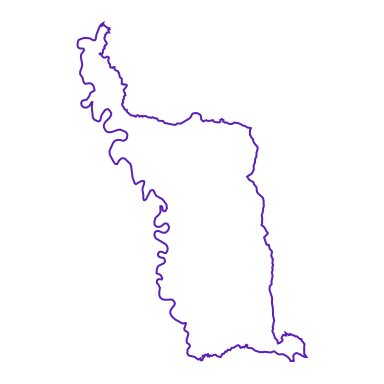 the district of Vigia Del Fuerte, Antioquia, Colombia
{"feature_id": "7082276B16172876286455", "entity_name": "Vigia Del Fuerte", "entity_type": "district", "adm_level": 2, "iso_a3": "COL", "parent_name": "Colombia", "parent_adm1": "Antioquia", "projection": "robinson", "projection_center": [-76.731, 6.503], "detail": "fine", "context": "isolated", "style": "outline", "palette": "violet", "viewbox_px": 384, "rotation_deg": 0, "n_neighbors": 0, "source": "geoboundaries", "source_scale": "gbopen_adm2", "svg_char_len": 5976}
<svg xmlns="http://www.w3.org/2000/svg" viewBox="0 0 384 384"><path d="M250.9,128.2L247.2,127.4L245.0,126.0L242.1,125.3L241.4,124.5L238.5,123.2L233.9,122.6L232.9,123.6L230.3,124.2L227.8,123.2L226.7,122.4L225.2,122.7L223.3,121.7L223.5,120.1L221.8,119.0L220.4,119.9L220.6,121.3L219.4,122.5L215.0,122.0L213.1,121.0L212.8,120.1L209.5,120.9L207.4,120.8L206.3,120.2L203.1,121.4L201.2,119.4L201.0,116.4L200.4,115.0L197.9,113.4L195.7,113.0L192.8,113.5L191.9,114.5L190.8,117.0L189.4,118.5L181.0,123.5L177.0,123.5L175.7,124.7L174.3,124.9L164.5,122.9L163.0,121.0L158.7,120.7L158.0,120.2L156.9,118.4L155.1,118.4L152.7,117.2L151.6,117.9L150.7,117.4L148.6,117.5L145.2,115.9L142.7,116.6L142.3,115.8L139.2,116.5L138.4,115.3L137.8,115.2L136.2,115.7L135.8,116.7L133.3,115.6L131.2,115.4L127.1,112.0L126.8,110.2L126.2,110.5L125.5,109.5L124.6,109.4L123.4,106.7L122.6,106.1L122.1,104.3L122.6,102.9L123.1,102.6L123.0,99.9L123.6,99.5L124.0,98.0L123.8,96.6L125.5,95.1L124.7,93.6L124.9,92.8L123.8,91.2L123.7,89.7L125.7,87.7L126.8,85.8L126.7,85.0L125.9,84.4L123.4,84.7L122.9,84.0L121.7,83.8L121.9,79.2L121.2,78.1L119.9,77.2L119.0,73.1L118.4,72.6L118.1,71.4L114.9,69.8L114.4,68.5L114.6,67.1L113.3,67.1L112.3,67.9L110.3,67.2L110.0,64.3L108.9,63.2L108.1,60.3L108.9,58.2L108.8,57.3L107.1,56.6L105.3,57.7L103.2,57.3L102.0,56.0L101.9,54.6L100.5,54.6L99.7,53.9L100.4,53.4L101.5,54.0L102.8,52.9L103.0,49.9L104.7,48.3L104.2,46.9L104.9,46.5L105.0,45.4L105.7,45.3L106.9,43.3L104.9,40.1L104.3,37.9L105.1,36.7L105.2,34.8L106.2,34.0L106.6,32.6L109.2,32.5L108.3,30.2L109.5,29.4L108.8,28.8L109.1,28.1L107.9,28.2L103.7,24.9L102.5,25.5L103.3,23.0L102.9,23.2L101.0,24.7L99.7,26.5L96.5,34.4L95.7,39.1L94.9,40.2L93.4,40.3L89.6,38.3L84.1,37.9L78.8,39.8L78.0,41.3L77.5,45.3L78.1,47.4L79.7,48.4L83.2,48.6L84.1,49.8L83.9,50.7L81.2,54.4L80.9,55.8L80.9,57.7L82.3,64.4L81.7,67.4L80.2,71.5L80.1,74.1L82.5,77.6L83.4,81.4L84.3,83.2L85.4,83.8L89.7,83.2L91.8,83.9L93.5,85.9L94.6,90.0L94.4,90.6L90.5,92.8L89.0,96.6L86.9,99.4L85.8,100.0L83.3,100.3L82.0,101.1L81.2,103.0L81.6,105.4L83.4,107.2L85.5,107.7L87.1,107.4L89.4,105.9L91.6,102.2L92.3,102.1L91.8,107.2L92.9,117.7L94.4,119.7L98.4,121.5L100.2,120.5L101.6,115.0L105.1,110.0L107.9,109.0L110.0,111.0L111.3,113.3L110.9,115.5L109.4,118.0L105.1,122.2L103.8,125.0L103.9,127.3L105.7,130.7L107.4,132.0L109.1,132.3L111.7,132.0L118.2,129.8L120.5,129.7L125.6,131.9L127.0,133.6L127.4,134.9L126.9,138.2L125.2,140.1L123.2,140.8L119.6,139.9L117.0,140.0L114.7,140.9L113.1,142.9L109.7,150.5L109.5,151.7L109.8,154.8L113.3,161.2L115.3,163.9L117.1,164.1L119.0,160.7L120.9,158.7L122.7,158.2L124.8,158.6L130.3,163.9L131.3,167.0L132.5,177.2L134.7,183.3L135.9,184.2L140.7,181.3L143.1,180.9L144.2,181.3L144.1,183.9L142.7,187.6L142.5,190.2L143.4,195.5L143.3,198.7L143.9,200.1L144.8,200.2L146.1,199.2L150.3,190.8L152.4,189.9L153.6,190.7L156.1,195.7L162.5,199.3L166.5,204.6L166.9,208.4L165.3,211.1L163.8,211.1L162.8,210.4L162.2,206.7L161.3,206.0L160.3,206.3L160.5,212.2L159.2,214.3L155.5,217.8L154.4,221.6L154.5,224.6L155.5,225.9L157.2,226.8L159.6,226.9L161.8,225.9L164.2,223.8L166.1,223.3L167.7,224.1L169.2,227.2L168.2,230.2L165.9,232.5L163.1,232.8L158.6,231.0L156.5,231.1L155.0,232.3L154.4,234.4L154.8,236.6L156.0,238.5L165.7,244.3L166.9,245.7L167.7,248.3L167.4,250.7L165.9,253.0L164.7,253.1L161.8,251.8L160.6,251.7L159.2,252.1L158.0,253.9L158.0,255.2L158.6,256.3L160.1,257.3L163.7,258.0L164.4,258.7L165.0,260.7L164.8,262.0L163.8,263.3L158.4,265.9L157.7,267.0L156.8,269.4L156.6,273.2L160.6,275.0L162.3,278.1L161.8,279.4L158.5,279.2L157.6,279.6L156.9,280.8L156.9,282.8L158.5,284.8L159.9,287.7L159.2,293.1L159.5,295.9L160.4,297.8L162.5,299.3L165.7,299.8L171.4,299.5L172.9,300.1L174.5,302.0L174.9,303.5L174.4,305.1L172.4,307.4L170.4,310.8L170.2,313.2L171.7,316.2L175.2,319.5L182.5,323.5L185.5,323.0L186.0,323.3L184.3,328.5L184.4,329.8L185.1,330.7L187.2,331.8L188.2,333.1L188.4,334.2L186.7,339.5L186.7,341.6L187.2,343.1L189.2,344.3L190.0,345.7L189.6,347.0L187.6,349.6L187.3,353.2L188.6,355.5L194.4,356.8L198.4,359.6L200.5,358.3L200.5,359.8L201.0,360.4L202.5,359.9L203.0,357.9L204.2,356.7L202.8,356.1L202.8,355.7L204.1,355.7L205.3,354.7L206.3,354.8L207.5,356.0L207.7,354.3L208.0,354.1L209.5,356.4L210.4,355.4L211.8,356.0L213.7,354.9L215.5,354.7L217.1,356.1L220.3,357.1L221.1,356.4L222.2,353.9L223.9,353.8L225.1,351.9L225.7,351.4L226.6,351.7L227.8,349.8L230.3,350.1L231.5,348.0L233.9,347.6L237.3,345.4L238.5,345.2L239.9,346.4L240.0,347.3L240.7,347.9L243.1,346.8L244.1,347.5L245.5,346.1L245.8,345.1L246.5,344.7L247.3,345.3L246.9,345.9L246.9,346.9L248.0,347.8L251.9,348.2L255.3,350.7L259.8,352.1L263.2,352.2L264.2,351.8L270.9,352.5L273.1,351.5L274.3,351.4L277.6,353.8L279.2,354.4L283.2,354.2L287.3,356.6L289.9,359.4L290.4,360.9L293.7,361.0L293.3,355.7L294.4,354.1L296.3,353.0L299.1,353.9L304.3,356.9L306.5,357.0L304.2,353.7L304.2,345.8L304.6,344.2L301.6,340.5L301.4,339.1L299.6,338.8L296.9,336.3L295.5,336.5L294.2,335.4L292.6,335.3L290.5,334.0L289.5,334.2L289.5,335.0L288.9,335.2L285.5,332.8L286.0,335.5L283.1,335.0L281.6,337.5L281.5,338.1L282.5,339.5L282.3,341.0L279.7,342.9L277.8,343.4L277.4,340.4L275.5,338.7L274.8,337.5L273.8,334.2L272.6,331.9L272.4,330.4L273.2,328.9L272.6,326.9L273.3,325.6L273.4,323.3L274.2,320.7L273.0,315.1L272.8,307.5L272.0,303.7L272.1,297.9L269.5,289.7L269.7,286.4L271.6,284.1L271.5,281.2L272.4,277.5L272.5,275.1L271.8,272.6L272.7,269.6L272.2,267.4L273.2,265.2L272.4,263.2L272.8,259.2L271.2,255.7L272.0,252.4L271.8,251.2L269.8,249.0L268.8,244.9L267.2,244.9L266.3,244.1L264.1,237.3L267.6,233.8L267.7,232.8L266.4,231.3L264.8,228.0L263.3,226.3L261.5,225.1L262.2,223.0L262.0,220.8L262.3,218.3L261.7,215.5L262.9,211.4L263.2,208.1L263.8,206.2L263.6,200.5L262.8,197.6L258.4,193.8L257.0,192.0L256.4,187.1L254.1,184.4L253.4,182.2L249.1,179.8L247.1,176.6L251.8,173.6L253.8,169.7L253.6,165.8L254.9,162.7L255.2,158.9L256.4,156.5L256.5,152.7L257.7,148.7L257.3,146.6L254.4,143.4L253.3,141.1L252.9,139.1L251.6,137.9L249.9,134.6L250.0,130.2L250.9,128.2Z" fill="none" stroke="#5b21b6" stroke-width="2"/></svg>